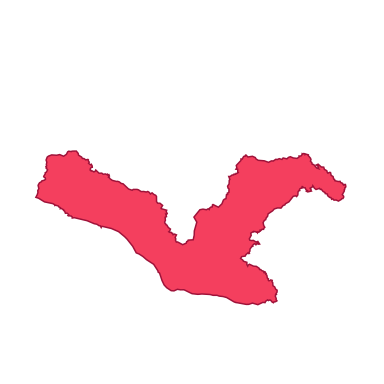 outline of West Santo, Sanma, Vanuatu, rotated 309°
{"feature_id": "77236927B51416444743643", "entity_name": "West Santo", "entity_type": "district", "adm_level": 2, "iso_a3": "VUT", "parent_name": "Vanuatu", "parent_adm1": "Sanma", "projection": "orthographic", "projection_center": [166.82, -15.308], "detail": "fine", "context": "isolated", "style": "filled", "palette": "rose", "viewbox_px": 384, "rotation_deg": 309, "n_neighbors": 0, "source": "geoboundaries", "source_scale": "gbopen_adm2", "svg_char_len": 6074}
<svg xmlns="http://www.w3.org/2000/svg" viewBox="0 0 384 384"><g transform="rotate(309 192 192)"><path d="M294.1,259.0L293.0,256.4L292.2,256.3L292.7,255.5L292.1,254.5L291.1,254.2L291.1,253.5L289.8,254.1L288.6,254.0L287.3,252.6L287.0,253.2L284.3,252.6L282.2,249.3L281.3,246.2L279.6,245.2L277.5,244.9L275.8,241.4L273.9,241.4L272.8,238.8L271.0,237.9L270.1,236.5L267.3,235.7L266.1,234.1L263.2,232.8L261.7,228.5L258.3,223.5L258.0,221.0L258.6,219.5L257.8,216.5L254.4,213.4L254.7,210.6L254.0,210.4L253.4,210.8L252.1,209.8L249.1,210.3L248.5,209.3L247.2,210.2L240.5,209.7L239.0,211.6L237.4,211.8L238.4,213.2L236.3,215.0L236.2,215.7L234.6,215.2L234.2,214.5L233.2,214.7L232.4,213.4L231.6,213.6L230.3,212.4L228.1,211.9L227.2,210.8L225.6,213.5L224.5,213.6L221.7,215.7L218.9,216.0L217.7,217.6L217.6,218.9L214.9,220.9L213.3,220.2L212.5,221.2L211.6,220.5L208.2,222.6L206.8,221.7L205.4,221.5L201.7,222.7L196.8,222.1L195.5,216.2L194.9,216.0L193.2,217.1L192.2,216.2L190.5,215.8L189.2,216.4L189.1,215.1L187.3,214.4L185.6,211.3L183.2,209.3L173.7,209.3L171.6,214.7L163.2,218.3L159.8,220.9L155.6,223.0L152.2,219.3L151.0,219.6L150.1,219.1L148.6,219.7L145.2,217.9L144.1,212.2L143.2,211.4L144.2,209.4L145.3,209.0L146.1,207.5L148.9,206.9L148.3,204.9L146.9,204.2L147.7,202.9L147.3,202.5L147.5,201.1L146.7,200.3L146.5,199.0L147.7,199.2L149.6,198.6L149.5,195.9L150.5,193.2L150.2,192.3L150.6,191.9L150.6,190.8L151.5,189.6L153.2,189.2L155.5,187.0L156.8,187.7L158.2,185.7L158.3,186.3L159.7,186.3L160.4,184.4L161.9,183.8L159.7,178.6L160.0,178.1L163.1,177.6L163.1,174.1L161.7,172.4L162.2,170.5L166.2,167.2L166.6,165.8L166.1,164.0L166.2,161.5L164.3,160.9L164.8,159.0L164.6,157.3L163.2,156.5L162.1,154.3L160.3,152.1L160.0,149.0L159.4,147.6L157.0,144.7L155.7,144.4L154.4,140.8L155.0,133.3L154.1,131.6L154.1,129.2L153.5,127.5L152.7,126.7L150.9,122.8L150.7,120.0L151.1,118.7L150.8,117.8L151.4,117.5L152.4,117.8L153.2,116.5L152.2,116.0L152.7,115.1L151.8,114.6L151.5,113.3L149.9,111.8L149.9,110.1L148.1,107.9L148.5,103.4L147.1,103.7L145.9,103.1L145.6,101.2L144.9,100.5L145.3,100.1L144.9,99.2L145.7,98.5L146.7,98.2L148.2,98.4L148.5,98.9L149.4,98.1L150.2,96.3L149.2,95.9L149.2,93.6L150.5,93.4L151.0,91.8L151.8,91.2L151.8,90.6L150.1,89.2L150.0,87.0L149.1,85.7L149.7,84.2L149.2,80.7L150.4,79.2L151.0,76.3L148.2,73.0L147.5,72.8L146.1,70.5L145.0,70.1L142.2,70.7L139.0,69.7L137.8,65.6L135.4,63.7L132.5,59.6L129.6,57.9L128.0,57.5L125.0,58.5L123.8,60.4L121.7,61.5L120.9,62.6L119.8,62.5L119.5,63.5L118.8,63.5L118.4,65.8L115.7,66.3L114.6,65.8L113.8,66.5L110.8,66.9L110.4,67.8L110.7,68.9L109.8,70.1L108.4,69.9L106.1,68.3L105.3,68.5L103.2,67.7L101.0,68.0L100.2,68.3L98.3,70.8L95.9,71.3L94.8,72.5L92.6,73.4L89.6,74.0L90.6,76.7L91.5,83.6L95.4,91.2L95.7,93.3L95.2,93.9L95.9,94.3L97.0,96.9L96.6,97.9L97.0,99.5L96.1,100.1L96.9,100.7L97.4,103.4L96.8,103.8L97.0,105.0L95.8,107.0L96.9,108.2L97.0,109.2L96.6,110.4L95.6,110.4L95.7,111.0L96.6,111.2L96.4,111.9L97.3,113.3L97.3,114.4L96.4,115.3L98.0,116.7L103.7,128.6L105.8,135.9L107.1,138.4L107.3,140.9L108.1,142.2L107.9,143.3L107.5,143.2L107.3,143.7L108.3,143.4L109.0,144.2L112.9,152.3L115.0,159.9L114.9,167.7L114.5,171.3L112.5,180.1L109.6,187.0L110.5,189.8L111.0,194.5L110.8,199.2L111.7,207.7L109.3,215.1L108.4,216.1L108.6,217.8L104.4,224.3L102.2,228.9L101.7,232.7L102.2,237.9L103.8,240.2L107.2,241.9L108.8,244.7L111.0,247.3L113.0,256.0L116.2,261.0L119.0,263.9L123.7,270.5L125.0,273.4L127.5,276.5L128.2,278.6L130.3,281.9L131.8,285.3L133.1,294.0L133.5,295.1L133.8,294.7L133.6,295.3L138.8,304.9L140.4,306.8L143.7,308.9L145.9,314.1L150.8,316.5L152.0,318.4L153.3,318.0L155.7,318.6L155.7,319.7L156.6,320.0L157.4,321.2L156.9,323.5L157.2,325.0L158.2,324.9L159.4,326.0L160.9,326.5L161.4,324.9L162.3,324.4L163.4,322.4L164.6,321.7L165.4,322.0L165.4,321.4L167.7,321.1L169.3,319.9L169.1,318.3L170.3,315.9L170.1,313.9L172.4,311.7L172.6,310.6L173.8,310.0L173.2,308.5L172.0,308.2L171.3,307.3L171.8,306.3L172.6,306.0L172.5,304.7L174.4,302.6L174.5,301.2L175.4,300.9L175.2,299.8L175.9,299.2L175.7,298.5L174.8,298.6L175.4,297.2L174.8,295.7L175.0,294.1L174.3,293.3L175.0,292.1L174.7,288.8L173.1,286.5L172.0,282.1L170.4,281.6L169.5,281.9L170.2,280.2L171.9,278.9L170.6,275.6L171.1,274.1L170.9,271.6L173.1,271.3L175.7,273.7L177.3,273.3L179.9,273.8L179.9,275.0L180.5,275.2L180.8,274.4L182.5,274.2L184.1,273.0L187.0,272.8L188.1,273.4L188.4,272.7L190.6,272.9L191.4,273.3L191.2,274.9L193.3,274.9L193.1,275.9L193.9,276.0L193.5,276.8L194.1,277.3L195.0,274.3L194.4,274.2L193.4,272.9L193.0,270.1L191.7,268.8L190.9,267.2L191.7,266.0L195.6,265.3L196.9,263.6L199.9,264.5L199.7,265.0L200.9,265.7L201.3,267.4L201.9,267.6L201.5,268.6L202.3,268.4L202.9,269.3L203.9,269.1L204.6,269.7L205.4,269.0L205.8,269.8L206.9,269.8L208.0,271.1L208.4,270.7L210.4,270.8L211.1,268.8L213.0,266.5L215.6,266.1L216.8,266.7L218.8,265.9L220.5,266.1L222.9,264.9L228.1,266.5L230.6,266.6L233.6,268.6L235.5,271.3L238.9,271.3L240.4,272.3L241.7,272.0L245.3,273.5L252.4,273.4L254.2,274.9L254.3,276.2L256.3,276.1L258.9,274.3L259.9,274.2L260.9,274.8L261.1,274.2L262.3,273.8L263.8,274.4L264.0,275.2L264.1,274.6L265.1,274.3L265.0,275.1L265.7,274.8L265.7,276.4L266.5,277.2L265.4,279.4L265.7,280.7L264.6,280.5L264.9,281.9L267.9,284.2L268.2,283.3L269.0,282.8L269.3,281.4L271.7,282.4L272.9,281.9L272.0,284.7L272.0,286.8L275.1,288.8L274.7,290.1L275.5,290.8L274.9,293.5L275.3,295.7L274.6,296.5L275.6,298.6L274.7,299.4L274.4,300.5L274.5,302.6L275.1,303.4L274.2,305.1L275.3,305.7L275.0,307.4L276.5,309.1L277.1,311.5L279.9,312.6L281.2,312.7L281.9,313.4L283.6,313.1L284.2,312.3L284.5,310.5L288.8,309.7L289.4,308.9L290.5,308.9L291.5,308.1L292.3,308.4L293.2,308.0L294.4,306.5L293.5,305.5L292.9,305.7L292.8,304.9L293.5,303.5L292.9,301.5L293.5,300.4L292.2,299.1L290.7,295.9L291.5,294.9L291.2,294.0L292.8,291.9L292.5,289.7L294.3,287.4L293.9,286.6L292.2,285.8L292.3,284.9L293.4,283.3L292.9,280.7L294.2,278.7L292.8,276.7L293.0,272.5L291.2,271.6L291.5,273.7L290.8,274.1L290.8,274.8L290.0,274.9L289.8,275.7L289.1,273.8L289.9,269.3L289.2,268.0L290.3,266.5L290.4,264.7L292.0,264.1L292.8,262.9L293.5,259.3L294.1,259.0Z" fill="#f43f5e" stroke="#9f1239" stroke-width="1.5"/></g></svg>